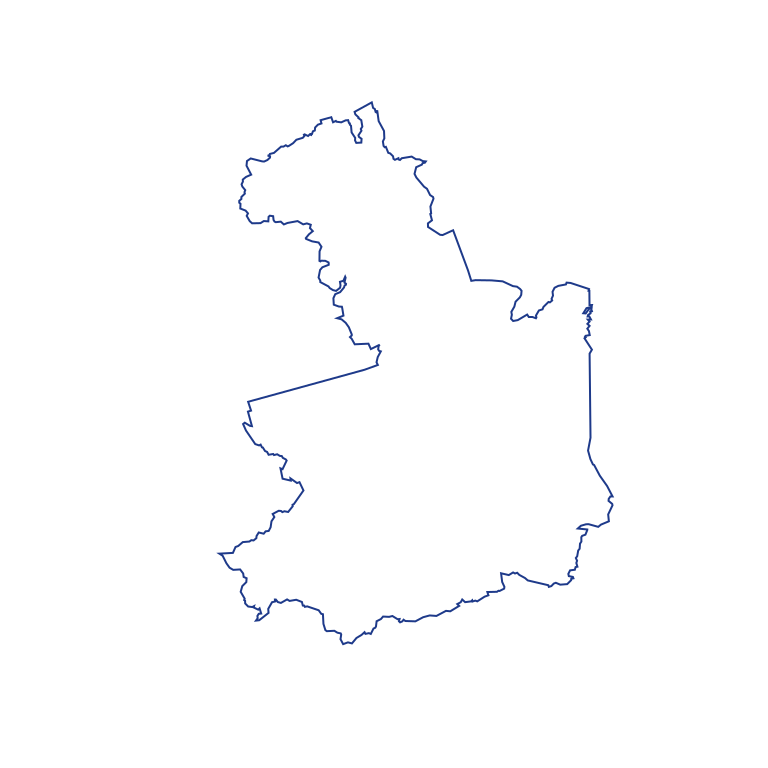 Etzatlán, Jalisco, Mexico (Mercator projection), rotated 332°
{"feature_id": "50627088B6540775027935", "entity_name": "Etzatlán", "entity_type": "district", "adm_level": 2, "iso_a3": "MEX", "parent_name": "Mexico", "parent_adm1": "Jalisco", "projection": "mercator", "projection_center": [-104.128, 20.761], "detail": "fine", "context": "isolated", "style": "outline", "palette": "blue", "viewbox_px": 768, "rotation_deg": 332, "n_neighbors": 0, "source": "geoboundaries", "source_scale": "gbopen_adm2", "svg_char_len": 6166}
<svg xmlns="http://www.w3.org/2000/svg" viewBox="0 0 768 768"><g transform="rotate(332 384 384)"><path d="M583.7,451.3L582.5,437.8L583.9,437.5L583.6,436.7L584.6,436.1L588.6,437.4L589.8,433.5L589.5,430.6L592.8,429.2L591.8,426.4L594.8,425.4L594.2,422.8L597.0,424.2L597.0,420.8L595.5,420.0L596.7,418.8L599.5,418.6L600.1,416.7L601.6,416.7L601.7,418.3L602.0,415.7L603.0,414.3L600.1,414.0L595.2,416.4L593.2,415.1L598.4,412.1L603.3,413.3L604.7,411.9L602.5,410.8L609.1,398.1L608.4,397.7L609.6,396.4L596.2,382.4L592.8,380.2L591.4,381.5L584.0,379.2L579.8,379.1L576.1,381.7L574.7,385.3L571.9,387.5L571.7,389.2L568.8,389.8L567.7,388.8L561.0,390.8L559.0,392.5L555.3,391.8L550.3,394.9L549.8,396.8L549.0,397.3L546.5,394.5L543.3,392.8L543.0,389.9L532.1,390.4L527.6,389.0L526.8,386.0L529.4,382.9L530.3,380.1L535.4,376.9L538.8,373.1L544.6,371.3L547.0,369.7L549.2,366.3L548.8,364.1L547.1,360.5L543.8,358.1L537.0,349.1L527.6,343.0L513.6,335.3L509.5,333.9L511.5,323.2L517.2,280.7L505.7,280.0L503.6,278.6L496.6,266.0L498.2,262.8L503.2,262.0L504.7,255.6L505.7,255.5L508.3,249.1L514.7,243.6L515.1,242.0L513.4,238.8L513.6,231.8L512.0,228.6L509.5,216.9L509.6,212.8L514.2,207.7L520.4,208.1L521.8,207.1L524.0,207.8L525.4,207.1L522.9,205.4L520.9,202.4L517.7,200.5L515.2,196.2L505.7,193.0L503.3,193.7L502.3,192.6L502.7,191.4L498.9,191.2L498.1,189.6L498.9,187.2L497.7,183.3L496.3,181.9L497.0,175.5L495.8,175.3L495.4,173.6L496.9,169.3L499.6,167.3L502.8,160.6L502.7,149.4L506.5,139.1L505.0,141.0L504.3,139.9L505.0,136.9L504.0,135.1L505.4,129.6L485.8,129.9L485.3,132.5L486.7,136.6L486.2,137.1L487.8,140.4L485.7,146.6L483.2,148.0L483.0,149.8L478.2,152.4L477.9,154.1L479.3,157.0L477.3,160.2L472.7,158.1L472.8,155.3L474.1,153.2L473.5,146.7L476.1,140.5L475.6,138.9L476.2,137.9L475.6,137.0L476.2,134.2L473.9,133.2L469.1,132.9L465.2,130.1L465.0,129.1L461.9,129.0L462.7,123.7L451.9,121.3L451.1,124.6L447.4,124.0L443.6,125.2L441.9,127.7L439.9,127.5L437.7,129.5L436.7,128.9L436.4,129.7L435.5,128.8L433.4,129.4L431.1,126.3L430.3,126.3L430.1,127.7L427.8,128.5L421.3,127.2L416.8,128.7L412.0,129.1L410.5,129.0L409.4,127.1L406.7,127.2L404.6,126.1L395.3,128.3L391.3,127.3L389.9,128.2L388.5,127.7L390.3,129.5L389.6,130.6L386.2,131.5L382.6,131.3L380.9,130.2L372.2,122.3L367.7,122.8L365.1,126.7L365.0,136.8L359.4,136.4L355.3,137.2L354.4,139.1L352.0,140.8L351.6,143.1L352.5,147.7L350.9,149.1L350.5,150.6L345.9,151.9L344.9,153.7L342.2,154.3L341.3,156.0L341.9,157.5L339.5,161.6L343.2,165.9L344.0,169.5L341.7,171.1L341.9,177.2L343.0,180.2L350.5,184.0L354.4,183.7L358.2,186.1L360.6,182.2L362.2,181.8L364.9,183.8L363.5,187.3L363.6,189.2L364.4,190.3L369.1,192.2L370.5,196.1L374.4,196.5L384.2,199.6L387.6,205.1L391.3,206.0L394.1,209.0L391.8,211.6L392.9,215.6L388.0,216.6L383.4,218.5L383.3,219.3L387.5,224.3L392.7,228.4L393.2,233.5L389.4,236.6L384.8,245.0L385.4,245.9L386.5,245.7L390.0,247.7L392.1,250.6L391.9,251.4L391.1,252.8L384.4,252.0L381.1,253.3L376.2,259.3L376.3,262.7L375.6,264.1L380.8,271.8L381.1,273.8L383.0,277.1L385.4,279.3L390.4,278.4L391.9,276.5L393.1,273.1L396.6,273.8L400.1,271.0L400.0,272.1L396.7,275.9L397.5,277.7L396.9,278.5L395.5,278.5L394.0,280.0L388.4,282.3L383.1,281.8L379.6,284.5L376.9,290.4L380.5,294.4L383.1,296.0L382.7,297.5L380.3,304.6L373.5,303.9L376.9,307.0L378.9,312.0L379.6,317.4L378.8,325.1L378.3,326.0L376.0,326.6L376.7,328.9L376.8,335.2L389.2,341.1L388.8,347.0L398.6,347.3L397.0,348.0L395.1,350.7L395.2,352.4L396.5,353.7L391.1,357.3L387.6,361.3L387.5,364.3L373.6,362.3L255.7,335.9L254.1,345.1L250.9,344.5L247.6,359.2L246.0,358.0L242.9,352.8L240.8,353.2L240.3,360.3L242.1,376.6L244.9,379.6L246.6,379.6L246.5,382.6L247.2,383.2L247.5,387.3L248.9,389.1L248.9,392.3L253.3,393.8L253.5,395.1L256.7,395.9L258.3,398.6L259.9,399.6L260.0,401.7L261.9,404.5L262.1,405.9L254.4,411.6L253.0,409.9L250.0,420.0L256.3,425.5L257.1,423.4L260.7,430.6L263.3,431.0L262.9,440.2L248.1,447.7L246.5,447.7L246.0,449.1L239.3,452.0L236.3,449.6L234.1,449.4L233.5,447.8L231.5,446.5L224.7,446.5L224.7,450.0L220.2,452.4L216.6,457.3L213.2,459.6L210.3,458.5L207.5,459.7L203.7,456.3L200.1,458.4L198.9,460.2L195.4,460.9L193.5,459.6L191.2,459.9L185.1,457.3L179.2,458.6L176.4,458.2L171.3,462.2L159.0,456.5L160.9,459.9L160.7,468.3L161.4,473.7L163.6,477.3L169.9,480.2L170.7,485.2L169.5,488.5L171.5,491.0L169.4,494.3L164.0,495.9L159.9,500.2L160.2,508.1L159.1,509.1L159.6,510.1L158.4,512.6L159.6,516.7L163.0,519.1L165.0,519.1L164.0,520.1L167.0,524.2L168.8,523.7L167.8,529.0L165.5,528.1L163.3,529.4L162.5,531.5L159.9,532.8L162.9,534.0L174.6,531.9L176.2,528.2L182.7,524.1L185.8,524.9L186.5,523.1L187.3,523.5L187.9,526.7L190.2,528.9L197.3,528.7L198.8,531.2L205.2,533.3L209.2,537.9L208.3,541.5L209.5,542.2L209.5,543.6L211.8,544.3L220.1,553.1L220.7,557.5L222.0,558.6L217.9,567.4L216.7,573.8L217.5,575.4L224.3,578.6L226.1,581.7L228.7,583.9L228.6,585.1L225.8,588.9L225.8,594.5L230.9,595.2L233.9,598.0L240.5,595.3L246.4,595.0L250.3,594.0L250.3,595.9L253.7,596.9L255.0,598.5L259.9,595.0L261.9,595.1L263.1,594.3L266.1,590.0L270.9,590.1L274.0,588.9L279.2,592.0L282.5,592.8L285.6,598.1L287.4,598.8L285.8,600.5L286.3,602.0L288.7,602.2L290.6,601.3L291.6,603.3L300.3,608.3L309.1,608.3L315.7,609.8L321.4,613.4L332.2,613.4L335.8,615.8L346.2,615.2L345.4,612.7L349.3,612.7L351.9,611.0L353.2,614.7L358.8,616.8L360.3,616.4L360.0,617.6L362.9,618.1L364.3,619.7L373.0,619.0L377.0,619.6L377.6,616.2L386.2,620.5L388.0,620.3L388.9,621.0L394.0,621.1L395.1,619.6L395.4,614.3L398.5,606.1L404.5,611.3L409.5,611.0L410.7,612.8L413.0,613.2L413.8,616.0L417.4,621.5L418.7,624.9L434.6,638.8L434.3,640.5L436.9,641.0L440.2,639.9L442.4,640.2L445.4,643.9L451.8,646.7L457.1,645.1L457.9,643.9L460.0,644.5L460.2,643.0L457.0,640.4L457.6,638.2L460.8,635.9L465.3,637.6L467.2,635.6L469.0,636.1L469.8,632.3L471.5,630.7L471.7,627.7L473.7,626.8L477.3,622.2L479.4,621.3L482.1,617.0L484.3,615.8L486.3,611.9L487.7,611.1L491.1,611.6L494.9,608.4L495.2,607.9L487.3,602.6L491.3,601.6L496.5,602.7L498.8,603.8L506.1,610.7L509.6,610.0L518.1,610.8L520.7,604.4L528.8,598.4L529.2,597.0L527.4,592.6L528.5,590.9L531.1,589.6L533.0,590.6L533.1,578.8L531.5,566.2L531.5,554.2L530.7,553.1L531.0,547.2L532.9,538.6L541.1,528.4L579.8,453.7L583.7,451.3Z" fill="none" stroke="#1e3a8a" stroke-width="2"/></g></svg>